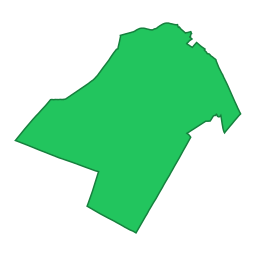 Robanesti, Dolj, Romania
{"feature_id": "2599482B88574316896273", "entity_name": "Robanesti", "entity_type": "district", "adm_level": 2, "iso_a3": "ROU", "parent_name": "Romania", "parent_adm1": "Dolj", "projection": "mercator", "projection_center": [24.033, 44.301], "detail": "fine", "context": "isolated", "style": "filled", "palette": "green", "viewbox_px": 256, "rotation_deg": 0, "n_neighbors": 0, "source": "geoboundaries", "source_scale": "gbopen_adm2", "svg_char_len": 4603}
<svg xmlns="http://www.w3.org/2000/svg" viewBox="0 0 256 256"><path d="M136.0,232.9L145.6,216.2L146.8,214.3L148.0,212.1L148.8,210.5L151.4,206.2L153.0,203.4L153.8,202.1L154.5,201.0L155.9,198.8L159.7,192.0L162.3,187.6L163.9,184.6L165.7,181.5L168.0,177.6L168.7,176.5L169.5,175.2L170.2,173.8L171.3,171.8L172.7,169.4L174.4,166.3L177.0,161.8L179.2,158.0L183.5,150.1L186.3,145.2L190.7,137.2L189.5,135.6L188.8,134.8L186.9,133.3L188.0,132.6L189.2,131.9L190.0,131.3L194.1,128.7L197.2,126.7L205.7,121.2L207.9,121.2L210.2,121.0L211.6,118.8L212.5,117.3L213.4,115.9L214.2,115.6L214.6,115.5L214.9,115.5L215.3,115.5L215.7,115.2L216.2,114.5L216.4,114.2L216.5,114.2L216.6,114.3L216.7,114.6L216.8,114.9L217.0,115.2L217.2,115.6L217.3,116.0L217.5,116.2L217.9,116.5L218.1,116.6L218.4,116.8L218.8,116.8L219.2,116.8L219.6,116.7L220.1,116.3L220.6,115.7L220.8,115.4L221.1,116.7L221.2,117.6L221.4,118.8L221.8,121.3L222.2,124.0L222.6,126.2L223.0,128.5L223.3,129.5L223.5,130.4L223.9,131.5L224.2,132.3L224.6,132.9L224.8,132.6L224.9,132.3L225.4,131.7L226.5,130.4L230.3,125.8L231.2,124.8L232.3,123.5L233.9,121.5L235.0,120.2L236.4,118.6L238.4,116.2L239.1,115.4L239.7,114.8L240.2,114.3L240.6,113.9L240.5,113.5L239.6,112.0L239.1,110.8L237.7,108.0L236.9,106.1L236.2,104.6L235.7,103.5L235.1,102.3L227.3,84.6L226.6,83.2L225.9,81.7L225.6,81.1L224.9,79.8L224.5,78.8L223.9,77.8L223.4,76.6L222.5,74.5L222.2,74.1L221.3,72.5L220.2,70.2L219.5,68.9L218.8,67.5L218.4,66.5L216.2,61.0L215.9,59.7L215.0,58.9L214.0,58.2L213.1,57.5L212.6,57.0L211.8,56.5L210.8,55.8L210.2,55.0L209.8,54.6L209.3,54.1L209.2,54.0L208.7,53.9L208.4,53.8L208.0,53.8L207.5,53.7L207.2,53.6L207.1,53.4L207.0,53.2L206.8,52.8L206.5,52.3L206.0,51.7L205.2,51.0L204.7,50.3L204.4,50.0L204.6,49.7L205.0,49.1L202.7,47.5L202.1,47.1L200.9,46.2L199.7,45.2L196.6,42.5L196.3,42.8L195.8,43.4L194.2,45.2L193.4,46.2L192.8,46.8L192.3,47.4L191.8,47.1L190.7,46.4L189.9,45.9L189.4,45.5L189.1,45.3L188.7,45.0L188.0,44.7L187.4,44.2L186.9,43.8L186.7,43.6L187.1,43.1L187.6,42.7L188.2,42.1L188.9,41.3L189.2,41.0L189.4,40.8L189.6,40.5L189.8,40.5L190.0,40.3L190.4,40.1L190.8,39.8L191.4,39.4L191.7,39.2L191.9,39.1L192.0,39.0L191.8,38.8L191.5,38.5L191.2,38.2L190.7,37.9L190.1,37.3L189.7,37.0L189.7,36.9L189.9,36.7L190.0,36.7L190.3,36.6L190.5,36.4L190.6,36.2L190.6,35.9L190.6,35.3L190.7,34.4L190.8,34.1L191.1,33.9L191.5,33.8L191.6,33.7L191.4,33.4L191.3,33.0L191.0,32.2L190.9,31.8L190.8,31.6L190.6,31.6L190.2,31.8L189.7,32.0L188.8,32.2L188.1,32.4L187.2,32.6L186.3,32.7L186.1,32.7L185.9,32.7L185.5,32.9L185.4,33.0L184.4,32.1L183.2,31.0L181.3,29.4L181.0,29.1L180.7,28.8L180.4,28.5L179.9,27.7L179.4,27.2L179.2,27.0L178.9,27.1L178.4,27.3L178.2,26.9L178.0,26.4L177.7,25.4L177.5,24.6L177.1,24.6L176.4,24.8L176.2,24.8L175.7,24.7L174.3,24.5L173.0,24.2L172.7,24.1L171.9,23.9L170.2,23.6L168.6,23.1L166.1,23.1L164.9,23.3L164.0,23.6L162.6,24.2L160.4,25.5L159.6,26.0L158.7,26.7L158.1,27.0L157.9,27.2L157.1,27.9L156.3,28.4L155.8,28.6L155.6,28.7L155.4,28.7L154.8,28.8L154.2,29.0L152.8,29.8L152.2,29.9L151.9,29.9L151.5,29.9L151.1,29.8L150.7,29.8L150.2,29.8L149.8,29.7L149.3,29.5L147.6,29.1L146.6,28.9L145.7,28.6L144.4,28.3L143.6,28.2L143.0,28.2L142.3,28.2L141.5,28.2L140.7,28.3L140.1,28.4L139.5,28.6L138.6,29.0L137.9,29.3L137.3,29.6L136.5,30.0L135.0,31.0L134.0,31.5L133.4,31.8L132.2,32.1L130.6,32.6L129.4,32.9L128.0,33.3L126.8,33.6L125.3,34.0L123.5,34.5L121.4,35.1L120.3,35.4L120.3,35.6L120.4,35.9L120.5,36.1L120.5,36.4L120.5,36.6L120.1,38.5L119.5,41.5L118.4,46.2L118.2,47.1L118.0,48.3L117.9,48.8L117.4,49.0L116.5,49.3L113.4,53.3L110.6,57.4L108.9,60.1L106.8,62.9L102.6,68.4L101.6,69.8L100.4,71.5L98.9,73.5L98.0,74.8L97.1,75.9L96.1,76.9L94.6,78.6L93.5,79.6L93.0,80.1L92.5,80.5L91.9,80.8L91.0,81.5L89.8,82.4L88.6,83.4L81.7,88.1L65.8,98.9L65.3,99.2L64.7,99.3L64.5,99.2L64.0,99.2L63.7,99.5L63.1,99.5L62.3,99.5L61.1,99.5L60.4,99.4L59.4,99.5L58.4,99.6L55.5,99.5L54.3,99.6L53.7,99.7L53.4,99.7L52.7,99.6L51.8,99.5L50.5,99.7L50.4,99.9L49.3,101.2L45.5,105.7L41.3,110.2L39.1,112.7L37.9,114.0L36.3,115.6L32.7,119.6L24.7,129.0L15.4,140.5L15.7,140.6L16.0,140.7L16.4,140.9L16.8,141.0L18.8,141.8L19.1,141.9L19.4,142.0L19.7,142.1L20.4,142.4L20.8,142.6L21.2,142.7L21.6,142.9L24.8,144.1L26.2,144.7L26.3,144.7L27.1,145.0L27.3,145.1L38.8,149.8L59.1,157.8L72.6,162.4L85.8,167.3L90.5,169.0L95.4,170.8L97.7,171.4L98.6,171.7L97.7,174.4L96.8,177.3L95.2,182.4L92.5,191.1L88.3,203.0L87.1,206.2L99.9,213.6L108.5,218.2L113.6,220.8L114.9,221.5L116.2,222.3L117.9,223.2L121.0,224.9L122.2,225.6L123.6,226.4L124.7,227.1L126.7,228.1L128.1,228.9L130.0,229.9L131.2,230.4L132.5,230.9L133.5,231.4L136.0,232.9Z" fill="#22c55e" stroke="#15803d" stroke-width="1.5"/></svg>